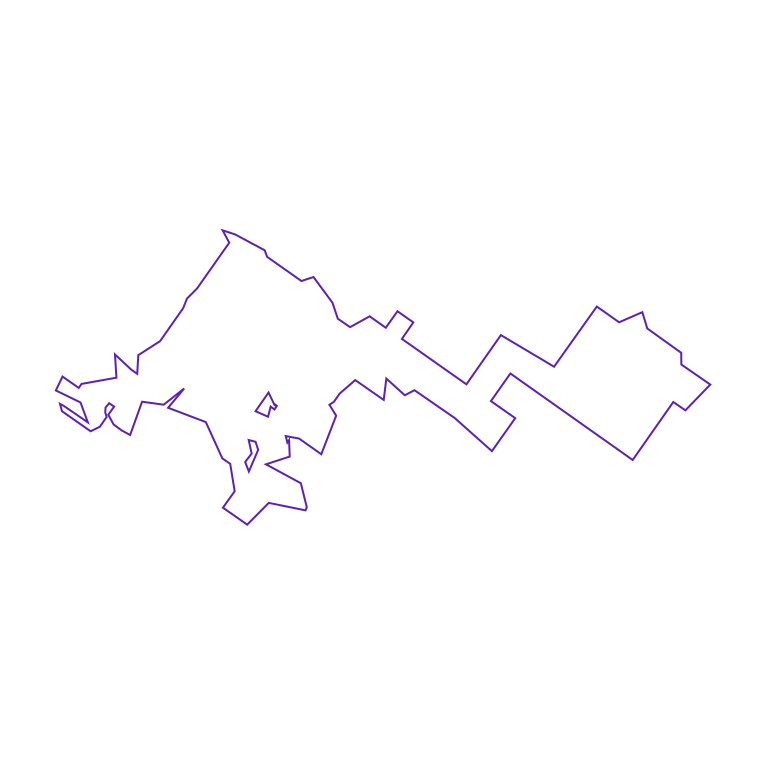 outline of Denver, Colorado, United States of America, rotated 35°
{"feature_id": "52423323B36183009250393", "entity_name": "Denver", "entity_type": "district", "adm_level": 2, "iso_a3": "USA", "parent_name": "United States of America", "parent_adm1": "Colorado", "projection": "equal_earth", "projection_center": [-104.927, 39.764], "detail": "fine", "context": "isolated", "style": "outline", "palette": "violet", "viewbox_px": 768, "rotation_deg": 35, "n_neighbors": 0, "source": "geoboundaries", "source_scale": "gbopen_adm2", "svg_char_len": 1595}
<svg xmlns="http://www.w3.org/2000/svg" viewBox="0 0 768 768"><g transform="rotate(35 384 384)"><path d="M176.1,346.9L163.7,350.7L176.2,357.0L176.1,395.8L176.1,412.9L173.6,427.0L176.0,437.0L176.0,467.2L176.0,477.2L166.2,501.3L176.0,517.2L168.8,517.2L146.7,514.1L161.2,532.3L136.2,557.4L136.2,562.3L135.7,562.3L116.4,562.3L118.9,577.5L146.0,573.2L163.4,585.3L134.0,585.6L130.0,586.1L135.8,591.0L170.8,591.0L175.8,581.9L175.7,570.1L172.0,567.2L169.4,563.0L169.9,557.4L175.9,557.3L175.8,567.3L185.6,572.2L195.3,572.5L205.3,571.4L196.0,537.3L215.4,527.3L222.9,502.3L220.8,527.3L259.9,517.4L294.3,537.7L303.8,537.6L323.2,557.5L323.0,577.7L352.6,577.7L357.8,547.5L392.2,532.5L391.4,529.2L372.8,513.0L333.4,517.5L348.4,497.5L338.4,484.4L338.4,484.7L339.1,485.6L338.4,485.6L338.4,487.4L333.4,483.0L345.7,477.4L372.9,477.5L363.0,437.4L351.2,432.3L353.2,427.3L353.2,417.2L358.2,397.3L392.9,397.2L382.8,378.2L407.5,381.3L412.5,371.6L461.4,371.3L510.9,377.1L511.1,336.7L481.4,336.7L481.5,302.9L631.3,303.6L631.3,232.8L646.0,232.7L651.6,197.3L616.4,197.5L609.6,188.0L567.8,187.5L554.4,177.0L541.2,198.6L521.7,198.5L513.9,198.5L513.4,272.3L451.7,276.9L451.7,337.0L372.8,336.8L372.7,316.7L353.3,316.7L353.2,336.9L333.4,336.8L323.6,356.9L308.7,357.0L295.2,347.0L264.9,336.8L257.3,347.0L215.4,346.9L209.6,342.9L176.1,346.9ZM294.4,480.0L294.3,457.2L306.0,463.8L306.5,463.9L306.5,463.3L307.4,463.3L307.4,463.5L308.8,463.5L308.8,467.7L304.1,467.5L307.8,477.3L294.4,480.0ZM305.3,507.5L311.9,505.0L318.7,510.1L323.5,533.2L315.0,527.5L315.5,516.9L305.3,507.5Z" fill="none" stroke="#5b21b6" stroke-width="2"/></g></svg>